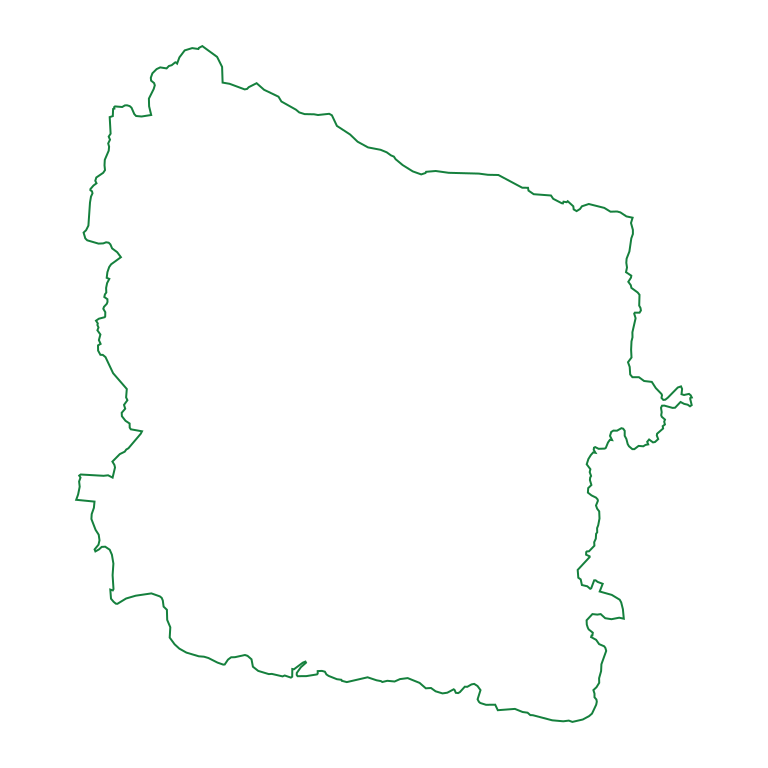 the district of Sherpur, Dhaka, Bangladesh
{"feature_id": "16705992B90842308963557", "entity_name": "Sherpur", "entity_type": "district", "adm_level": 2, "iso_a3": "BGD", "parent_name": "Bangladesh", "parent_adm1": "Dhaka", "projection": "albers", "projection_center": [90.083, 25.092], "detail": "fine", "context": "isolated", "style": "outline", "palette": "green", "viewbox_px": 768, "rotation_deg": 0, "n_neighbors": 0, "source": "geoboundaries", "source_scale": "gbopen_adm2", "svg_char_len": 6053}
<svg xmlns="http://www.w3.org/2000/svg" viewBox="0 0 768 768"><path d="M532.8,715.2L552.2,720.3L563.3,721.3L568.8,720.6L572.4,721.9L582.8,719.5L589.1,716.1L592.0,713.6L596.2,704.7L596.8,701.7L596.4,699.5L594.5,697.3L594.5,693.6L593.4,690.1L596.5,687.2L599.2,682.8L599.1,678.2L601.1,671.1L601.4,664.3L606.2,650.9L605.4,648.0L604.2,646.3L599.1,644.1L596.1,639.8L591.1,637.1L591.6,635.5L592.4,635.4L592.8,632.7L588.7,629.4L587.8,627.7L586.8,624.6L586.6,620.3L592.4,614.1L597.3,614.6L600.7,614.1L605.2,618.2L611.5,619.2L619.2,617.7L623.8,618.7L622.9,609.2L621.2,602.4L619.7,599.7L611.8,594.9L599.7,591.5L602.7,583.8L597.6,581.9L595.6,580.3L594.2,580.3L591.2,588.3L590.2,588.8L587.3,586.3L581.9,585.0L580.7,579.4L578.3,577.7L577.7,569.9L589.7,557.0L589.6,556.3L586.1,554.7L586.2,552.1L586.9,551.4L589.0,551.3L594.4,545.7L594.2,542.2L595.8,538.7L596.1,533.8L597.2,532.3L597.1,528.1L598.2,525.3L599.5,518.5L599.2,511.4L597.1,508.6L596.0,505.5L597.9,500.8L597.6,499.4L596.0,497.6L591.5,495.4L587.9,492.6L588.2,488.1L591.4,485.0L589.9,480.0L590.2,477.5L591.1,476.0L589.7,472.1L590.4,469.2L586.7,464.3L588.4,459.0L590.8,455.1L593.2,452.4L595.5,452.8L593.7,449.8L594.0,447.7L595.2,447.1L598.6,448.8L604.7,448.6L605.8,447.9L608.0,442.5L609.9,439.8L612.1,440.1L610.0,435.9L611.2,432.0L613.4,430.6L617.0,430.7L621.4,428.2L623.2,428.7L624.7,430.8L624.7,435.8L626.4,439.0L627.7,444.1L629.0,446.3L632.3,449.1L634.4,449.1L638.6,445.9L643.3,446.3L645.5,444.9L648.2,444.4L647.2,441.8L649.1,439.5L653.0,442.4L655.0,442.0L658.2,439.1L656.8,435.5L657.1,433.7L663.1,428.5L662.7,426.2L664.9,424.5L664.2,421.7L665.0,419.6L661.8,416.8L661.2,415.2L661.7,412.2L661.0,407.8L662.0,405.7L664.3,405.6L672.6,407.9L675.1,407.7L680.5,402.0L684.2,403.9L687.7,404.7L690.0,406.3L691.7,405.1L690.2,398.9L690.4,397.8L691.8,397.5L690.7,395.3L689.0,393.9L684.0,395.0L681.5,394.2L682.1,389.0L681.0,386.4L677.8,387.5L667.8,397.7L665.3,399.7L663.3,399.9L661.5,397.9L662.0,395.2L661.5,394.0L655.8,388.1L651.8,381.9L644.1,381.0L638.9,377.2L632.4,377.2L630.2,374.5L629.7,366.9L628.0,362.2L631.5,357.5L631.1,349.7L631.5,341.3L632.5,337.3L632.4,332.3L635.6,318.2L634.2,313.7L634.8,312.7L639.5,312.7L640.9,310.5L640.5,308.0L639.2,305.6L639.5,294.8L637.7,292.5L631.4,287.9L630.8,285.2L628.3,281.8L631.0,277.6L631.3,275.7L626.0,272.2L627.0,267.5L626.3,262.8L626.6,258.7L629.4,251.5L631.3,238.4L632.9,234.0L632.9,229.9L631.0,223.0L632.6,217.7L626.4,216.4L620.4,212.4L617.1,211.5L610.5,211.7L604.3,207.9L588.8,204.0L581.9,206.3L580.0,209.0L576.6,211.1L573.7,209.4L573.3,206.3L567.7,201.2L566.7,202.2L563.5,201.7L562.9,203.4L561.7,203.2L553.2,198.8L551.0,195.5L533.7,194.2L528.5,190.6L528.0,187.8L522.2,187.7L498.4,175.0L488.0,174.8L478.9,173.6L448.7,172.8L435.7,171.0L426.1,171.8L425.5,173.0L421.2,174.4L412.8,171.4L402.7,165.1L395.6,159.2L393.9,156.6L391.0,155.4L386.7,152.3L380.6,149.8L368.0,147.4L357.6,141.7L350.1,134.5L336.9,125.9L331.9,115.3L329.2,113.8L318.0,115.0L314.1,114.3L304.6,114.1L299.2,112.4L296.0,109.7L281.4,101.5L278.5,96.7L264.1,89.8L256.6,83.2L248.7,87.2L247.1,88.9L244.7,89.4L229.6,83.8L222.6,82.6L222.1,66.9L217.1,56.9L202.3,46.1L198.9,47.9L198.4,49.0L192.2,48.1L184.7,50.4L179.4,57.4L177.1,63.6L175.7,62.3L175.0,62.5L171.7,65.2L168.9,66.0L166.6,68.4L160.2,67.4L156.6,69.1L152.4,73.3L150.8,77.8L151.1,80.6L154.1,83.1L154.8,85.3L153.7,89.0L148.9,98.6L149.1,106.3L151.2,115.0L141.6,116.5L136.1,116.0L134.3,114.1L131.5,107.7L129.7,106.1L127.0,105.3L124.9,105.4L122.2,107.0L115.0,106.4L114.1,107.2L114.4,108.6L113.1,109.0L112.8,116.1L109.7,117.1L110.6,133.7L108.7,136.6L110.0,139.7L108.2,143.4L109.1,146.7L108.7,150.7L104.8,159.8L104.5,165.3L105.0,170.1L103.2,172.8L96.3,177.5L95.3,180.8L96.5,183.3L93.5,185.5L90.4,189.1L90.4,190.2L92.0,191.3L92.5,193.3L91.0,196.6L90.0,202.5L88.4,225.6L86.1,230.2L83.6,232.6L85.3,238.4L87.2,240.3L98.5,243.6L103.2,243.4L106.1,242.3L108.7,242.7L110.4,244.4L112.1,248.4L117.2,252.2L120.9,257.2L111.1,264.3L109.2,267.0L107.4,272.2L106.7,277.8L109.3,278.9L107.1,283.1L106.1,288.0L106.3,292.5L104.9,294.4L104.3,297.0L107.4,299.2L107.5,301.9L106.8,303.8L104.0,306.8L103.3,308.8L105.3,312.2L105.2,316.4L104.7,317.2L98.9,318.7L96.0,320.7L97.8,323.4L97.4,325.0L98.5,327.5L97.4,330.3L100.4,334.5L98.9,340.1L100.6,343.9L98.0,345.4L98.1,350.6L100.4,354.8L102.8,354.9L105.5,357.1L113.1,373.2L126.8,389.0L126.1,397.4L127.4,400.2L124.0,404.9L125.2,408.7L121.7,412.8L121.9,416.2L125.5,420.8L129.6,423.5L129.7,427.6L130.8,429.3L142.0,431.3L140.7,433.8L128.4,448.3L126.3,449.5L124.7,451.7L119.8,454.1L112.4,461.6L114.4,464.9L115.0,467.5L112.6,477.6L108.1,475.3L103.6,475.8L80.7,474.5L79.2,475.6L80.5,477.6L79.1,481.5L79.7,486.7L78.1,494.5L76.2,499.8L94.5,501.6L93.9,507.8L91.7,514.1L91.4,519.0L95.6,529.9L98.7,534.7L99.5,540.3L98.5,544.7L94.6,549.4L95.4,551.4L99.0,549.4L101.7,546.9L105.2,546.7L109.7,549.7L111.9,554.7L113.4,563.6L112.6,575.2L113.5,589.1L112.8,590.4L110.3,589.6L111.0,598.7L113.6,601.8L115.9,603.7L117.4,603.8L126.1,598.5L135.7,595.7L151.4,593.4L159.9,596.4L161.7,597.9L162.8,600.5L163.6,606.6L166.9,609.8L167.2,619.9L170.3,627.3L169.7,637.6L174.6,644.3L179.3,648.6L186.4,652.6L198.8,656.3L204.0,656.7L208.4,658.0L217.5,662.6L223.2,664.6L224.7,664.5L228.0,659.6L231.1,657.3L234.9,657.2L244.9,655.0L247.6,655.9L251.5,659.3L252.9,666.7L258.2,670.9L268.8,674.1L271.8,673.9L282.6,676.4L284.7,675.5L290.9,677.6L292.2,676.7L292.3,669.0L293.9,669.3L302.9,662.6L305.4,661.6L306.0,662.7L300.9,667.2L296.8,672.9L296.7,674.9L297.6,676.2L306.4,676.1L317.0,674.4L317.7,673.6L317.7,671.1L321.9,670.9L324.9,671.7L326.4,674.4L328.6,675.9L336.9,679.2L341.4,679.8L341.8,680.8L346.8,682.1L367.6,677.3L376.6,680.3L380.9,681.1L382.3,682.0L387.3,680.8L394.6,681.5L400.0,679.1L407.7,678.1L419.6,682.9L425.8,688.3L431.0,688.0L435.6,691.3L442.5,693.4L447.3,692.7L453.7,689.3L454.6,690.0L455.8,692.8L458.1,693.1L459.9,692.1L464.8,686.7L467.3,686.8L471.5,684.4L474.2,683.9L477.5,686.0L480.5,690.1L477.6,699.3L478.9,701.8L480.3,703.0L486.0,704.8L495.2,704.7L497.8,710.2L514.9,708.9L522.6,712.0L527.6,712.7L530.3,715.1L532.8,715.2Z" fill="none" stroke="#15803d" stroke-width="2"/></svg>